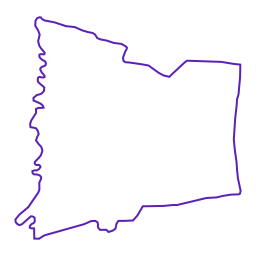 the district of Empalme Olmos, Canelones, Uruguay
{"feature_id": "84410073B65254992067922", "entity_name": "Empalme Olmos", "entity_type": "district", "adm_level": 2, "iso_a3": "URY", "parent_name": "Uruguay", "parent_adm1": "Canelones", "projection": "albers", "projection_center": [-55.905, -34.652], "detail": "fine", "context": "isolated", "style": "outline", "palette": "violet", "viewbox_px": 256, "rotation_deg": 0, "n_neighbors": 0, "source": "geoboundaries", "source_scale": "gbopen_adm2", "svg_char_len": 2208}
<svg xmlns="http://www.w3.org/2000/svg" viewBox="0 0 256 256"><path d="M176.6,205.1L206.3,198.0L216.7,197.4L222.9,195.9L231.1,194.6L238.5,194.4L240.0,193.7L240.6,190.8L237.9,178.1L237.0,169.4L236.5,161.7L235.0,151.4L233.8,139.7L235.2,118.3L236.6,105.9L237.1,99.0L238.5,94.5L240.0,78.1L240.2,71.8L240.3,64.6L233.6,63.9L221.5,61.9L187.1,60.7L185.0,62.1L171.6,74.6L169.4,76.8L163.7,75.5L158.8,72.9L148.5,65.5L141.9,64.3L129.3,62.5L125.2,62.2L123.4,60.7L123.0,57.7L125.2,51.6L126.7,49.1L126.9,47.5L125.3,46.1L121.4,43.9L113.7,42.9L106.5,40.5L100.9,39.5L97.4,38.2L94.9,34.4L92.7,33.0L87.7,32.0L82.6,30.5L74.8,27.1L65.8,26.1L55.0,22.5L49.1,21.3L44.7,20.5L42.1,19.1L40.7,17.3L39.2,17.3L37.1,18.3L35.6,20.5L35.2,25.6L38.2,30.6L39.7,34.7L38.1,41.2L39.4,45.9L40.4,47.4L41.5,49.0L42.7,50.4L43.8,51.7L44.7,52.8L44.4,54.2L43.9,54.4L42.1,54.2L40.5,54.2L39.4,54.7L39.3,56.0L39.7,57.4L41.0,58.8L42.3,59.9L45.0,61.3L45.9,63.0L45.6,65.1L44.3,66.1L42.3,66.6L40.6,67.9L40.2,69.5L40.9,70.8L42.0,72.9L43.1,73.9L44.5,75.8L44.5,77.2L42.9,77.5L41.2,77.3L39.4,76.9L38.0,77.8L37.7,80.0L38.1,81.9L40.4,84.1L44.3,87.4L44.0,90.8L42.2,93.0L41.6,93.5L39.3,94.5L37.1,94.9L33.5,97.8L33.5,100.5L37.0,102.0L40.7,103.7L42.8,105.6L43.6,107.6L41.8,107.9L38.4,107.9L36.0,109.0L36.1,112.8L34.3,115.7L31.3,120.4L30.1,123.9L30.5,127.2L33.7,127.7L36.0,128.3L37.7,130.7L38.7,134.1L37.3,136.6L36.0,140.4L38.3,143.6L41.4,147.1L42.4,150.7L41.0,155.1L38.7,158.0L36.1,160.6L34.8,162.0L34.7,163.4L35.5,164.6L36.7,165.0L38.8,164.9L40.1,165.8L40.5,167.0L38.9,169.2L36.6,170.5L34.6,170.3L32.4,171.1L32.5,172.9L33.7,174.3L36.5,174.4L39.8,175.4L41.2,177.2L41.0,179.1L40.3,180.4L39.3,182.8L39.4,189.4L38.3,192.5L28.3,207.1L19.1,214.9L15.4,219.6L15.7,222.2L17.2,223.9L19.2,225.1L21.9,224.3L30.9,216.3L32.7,216.5L34.6,217.6L34.6,219.1L34.8,221.3L34.0,222.8L31.6,224.1L30.0,225.7L29.7,227.6L31.1,228.3L34.1,228.4L34.3,238.6L39.1,238.7L44.3,235.4L51.3,233.4L84.0,224.2L91.4,221.0L95.3,220.9L97.4,222.2L98.1,224.4L97.8,226.6L98.5,228.0L99.9,229.8L106.4,229.8L108.5,232.0L112.6,230.7L115.5,228.6L116.5,223.7L118.4,220.9L123.7,220.9L133.0,220.5L137.4,215.5L142.8,206.3L159.8,206.0L163.7,205.9L173.3,205.0L176.6,205.1Z" fill="none" stroke="#5b21b6" stroke-width="2"/></svg>